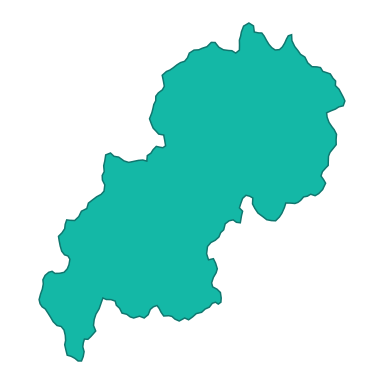 Desterro de Entre Rios, Minas Gerais, Brazil
{"feature_id": "56859067B72076234647502", "entity_name": "Desterro de Entre Rios", "entity_type": "district", "adm_level": 2, "iso_a3": "BRA", "parent_name": "Brazil", "parent_adm1": "Minas Gerais", "projection": "equal_earth", "projection_center": [-44.277, -20.636], "detail": "fine", "context": "isolated", "style": "filled", "palette": "teal", "viewbox_px": 384, "rotation_deg": 0, "n_neighbors": 0, "source": "geoboundaries", "source_scale": "gbopen_adm2", "svg_char_len": 3303}
<svg xmlns="http://www.w3.org/2000/svg" viewBox="0 0 384 384"><path d="M291.6,34.7L288.3,35.8L286.5,39.0L284.7,43.1L282.4,46.9L279.5,49.6L275.2,50.0L271.8,47.7L269.0,44.5L266.6,40.6L264.1,36.0L261.8,33.0L258.4,32.9L254.3,32.0L253.5,25.9L248.9,23.0L243.6,26.1L241.4,31.9L240.6,36.2L239.4,40.1L239.5,45.2L239.4,50.1L235.7,53.1L231.9,50.7L228.6,50.5L223.4,49.8L218.8,47.2L215.1,42.5L211.3,42.4L207.0,46.7L202.1,48.3L198.8,49.8L194.0,50.1L189.3,53.1L187.5,57.8L184.6,61.3L180.5,62.6L177.0,64.8L173.2,67.8L170.0,70.0L166.4,71.5L162.2,75.3L163.4,81.0L164.3,86.3L162.4,89.8L158.4,92.8L155.8,96.2L155.7,100.8L153.8,104.5L152.9,108.7L151.9,112.6L149.5,118.8L151.5,124.2L153.2,128.2L156.0,131.1L158.7,134.1L163.7,135.0L164.8,140.9L165.6,145.8L162.9,147.7L159.8,147.2L156.3,146.4L153.1,149.7L150.9,153.2L147.3,155.6L146.8,161.1L142.8,160.0L138.4,160.4L133.1,161.5L128.7,162.4L124.0,160.9L118.7,157.1L114.0,156.3L110.5,153.0L105.7,154.9L104.8,160.9L103.7,165.7L104.2,171.6L102.2,175.5L102.4,180.0L104.8,184.9L104.0,191.2L101.1,194.4L96.6,196.8L92.4,200.0L88.4,203.1L86.8,208.5L81.4,211.2L78.8,216.6L74.7,220.5L69.8,220.3L66.7,219.9L65.2,224.3L64.7,228.7L62.0,232.8L58.5,236.3L59.1,240.3L60.2,246.0L61.7,251.1L64.5,254.8L67.9,255.9L69.9,259.2L69.0,264.6L67.3,268.8L64.1,272.3L59.7,273.3L54.9,273.4L52.1,271.3L48.7,272.3L45.1,275.4L42.9,279.8L43.3,283.9L42.3,289.2L40.6,293.9L39.1,299.6L40.1,303.8L42.1,306.8L45.3,309.0L48.0,313.1L50.5,317.1L53.2,321.7L57.0,325.5L61.2,326.5L64.0,330.0L65.3,335.5L65.6,340.5L64.7,344.7L65.8,349.6L67.2,355.2L71.1,356.3L74.8,358.3L78.1,361.0L81.5,361.0L83.2,356.6L84.1,351.7L82.8,346.9L83.3,343.0L84.4,339.1L87.9,339.3L90.7,336.7L93.3,333.8L95.7,331.0L93.5,325.4L94.2,319.5L95.9,314.2L99.1,308.8L101.4,302.2L102.9,298.0L106.3,299.5L111.0,299.6L115.2,301.1L116.3,305.2L119.6,308.3L122.0,313.1L126.8,314.3L130.2,316.9L133.7,318.0L139.5,316.2L144.2,318.0L148.2,314.7L150.3,309.4L153.4,306.8L157.0,305.5L159.1,308.3L161.1,312.3L163.7,316.0L168.8,315.7L171.9,316.4L174.9,319.1L179.2,321.0L184.7,318.0L188.6,319.8L192.6,316.9L196.3,313.6L201.6,312.3L205.2,309.0L209.3,307.2L212.3,303.3L215.5,302.2L218.3,304.1L220.9,302.2L221.2,298.0L220.4,292.5L217.0,289.2L212.7,286.9L211.6,282.9L213.4,277.4L216.1,272.8L217.3,268.8L215.6,263.2L213.4,258.7L208.5,259.8L206.6,253.7L207.5,246.5L210.9,242.5L215.2,240.3L218.9,237.0L220.7,232.6L223.7,229.8L225.2,223.8L229.1,220.8L233.2,219.9L236.4,222.3L240.3,222.8L241.5,215.7L242.6,211.2L239.4,207.9L240.7,203.7L242.6,198.4L246.0,195.3L249.7,196.2L252.8,198.0L252.5,203.9L254.9,208.5L258.0,213.1L262.9,216.7L266.7,219.7L271.4,220.6L275.6,220.8L279.4,217.0L281.9,213.2L284.4,207.6L285.8,203.0L290.7,203.1L294.9,203.5L297.9,202.4L300.6,200.4L303.6,196.9L307.4,196.2L310.7,194.2L315.1,195.7L318.7,193.6L322.6,189.6L325.6,183.2L323.6,179.7L321.0,176.0L322.4,171.7L325.4,168.3L328.2,165.4L328.3,161.1L328.5,156.2L330.0,152.4L332.9,148.8L336.2,144.7L336.1,139.8L336.5,134.3L334.2,129.7L331.8,126.6L329.0,122.4L327.1,117.2L326.6,112.8L331.0,110.8L335.4,109.1L338.8,106.9L343.2,105.8L344.9,101.0L343.3,97.3L341.4,93.7L339.0,89.2L335.4,85.6L335.6,81.0L333.0,78.3L330.3,73.9L326.8,72.7L322.8,71.4L320.5,67.6L317.0,66.9L312.0,66.7L307.7,62.8L304.9,57.1L300.5,54.3L298.0,50.7L294.7,46.5L291.9,40.6L291.6,34.7Z" fill="#14b8a6" stroke="#0f766e" stroke-width="1.5"/></svg>